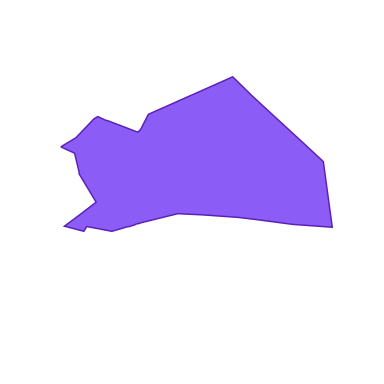 Boutilimitt, Trarza, Mauritania, rotated 43°
{"feature_id": "47542326B79459539986617", "entity_name": "Boutilimitt", "entity_type": "district", "adm_level": 2, "iso_a3": "MRT", "parent_name": "Mauritania", "parent_adm1": "Trarza", "projection": "orthographic", "projection_center": [-14.406, 17.884], "detail": "fine", "context": "isolated", "style": "filled", "palette": "violet", "viewbox_px": 384, "rotation_deg": 43, "n_neighbors": 0, "source": "geoboundaries", "source_scale": "gbopen_adm2", "svg_char_len": 693}
<svg xmlns="http://www.w3.org/2000/svg" viewBox="0 0 384 384"><g transform="rotate(43 192 192)"><path d="M143.2,80.0L107.1,164.9L111.5,180.4L111.8,182.0L111.4,185.3L81.8,197.3L79.9,198.4L71.6,201.1L70.4,205.6L70.2,221.8L70.1,231.6L65.4,247.8L65.8,248.3L79.7,243.7L96.4,254.8L97.0,255.7L128.8,264.8L125.5,284.9L122.0,304.0L128.9,300.3L139.7,294.5L138.6,289.0L160.2,275.4L166.2,265.3L167.8,262.6L168.5,261.4L170.0,259.7L171.0,257.5L172.0,256.0L172.6,255.0L173.1,253.3L175.0,250.8L175.7,249.2L196.5,217.4L202.4,212.5L215.1,201.7L243.7,178.6L259.1,167.4L287.9,146.9L318.6,122.1L267.3,80.2L255.2,80.2L234.1,80.3L171.1,80.7L143.2,80.0Z" fill="#8b5cf6" stroke="#5b21b6" stroke-width="1.5"/></g></svg>